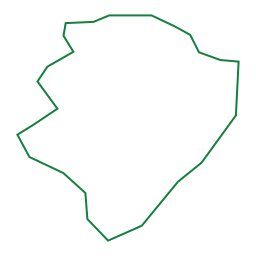 Trosa, Södermanland, Sweden (Equal Earth projection)
{"feature_id": "70781695B57968979850180", "entity_name": "Trosa", "entity_type": "district", "adm_level": 2, "iso_a3": "SWE", "parent_name": "Sweden", "parent_adm1": "Södermanland", "projection": "equal_earth", "projection_center": [17.46, 58.899], "detail": "fine", "context": "isolated", "style": "outline", "palette": "green", "viewbox_px": 256, "rotation_deg": 0, "n_neighbors": 0, "source": "geoboundaries", "source_scale": "gbopen_adm2", "svg_char_len": 421}
<svg xmlns="http://www.w3.org/2000/svg" viewBox="0 0 256 256"><path d="M65.7,23.1L63.5,35.8L73.4,51.8L47.5,66.6L39.5,78.4L37.5,81.5L57.4,108.7L33.4,124.8L17.4,134.7L29.4,157.0L63.4,173.1L85.4,193.0L87.4,219.1L108.1,240.6L141.8,225.7L178.0,181.7L201.6,162.6L235.9,115.4L238.6,61.6L220.2,60.0L199.0,52.3L190.2,34.9L174.4,26.2L151.5,15.4L109.2,15.4L93.4,21.9L65.7,23.1Z" fill="none" stroke="#15803d" stroke-width="2"/></svg>